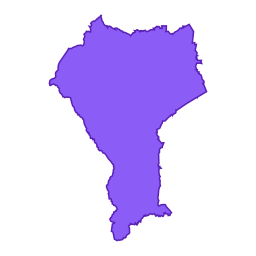 Jungapeo, Michoacán, Mexico (Equal Earth projection)
{"feature_id": "50627088B21047289087879", "entity_name": "Jungapeo", "entity_type": "district", "adm_level": 2, "iso_a3": "MEX", "parent_name": "Mexico", "parent_adm1": "Michoacán", "projection": "equal_earth", "projection_center": [-100.507, 19.411], "detail": "fine", "context": "isolated", "style": "filled", "palette": "violet", "viewbox_px": 256, "rotation_deg": 0, "n_neighbors": 0, "source": "geoboundaries", "source_scale": "gbopen_adm2", "svg_char_len": 5769}
<svg xmlns="http://www.w3.org/2000/svg" viewBox="0 0 256 256"><path d="M171.5,212.7L169.5,210.1L168.9,209.6L166.2,206.5L165.4,204.7L163.9,204.5L161.2,204.8L160.7,205.3L160.1,205.2L159.2,205.8L158.5,206.0L157.9,204.7L158.3,201.9L158.8,200.8L157.8,198.1L158.3,194.9L158.7,189.8L159.7,186.6L160.4,185.9L160.0,183.8L160.1,180.4L159.7,180.2L159.5,178.3L159.7,177.3L160.2,176.5L159.3,175.2L159.3,174.4L158.9,173.1L158.9,169.0L160.4,168.2L161.0,168.2L160.3,167.3L159.6,167.2L159.6,166.4L158.6,166.9L158.5,165.8L158.1,165.4L158.3,164.2L158.9,163.7L158.6,153.9L159.6,152.0L159.4,151.3L159.6,149.1L161.4,147.4L162.3,147.4L162.4,146.2L163.8,142.8L162.9,142.7L161.7,143.4L159.9,141.2L158.8,140.3L158.9,139.7L158.5,139.9L157.9,139.0L158.8,137.3L158.5,136.6L158.2,136.7L156.6,134.3L157.2,132.4L156.6,132.4L156.9,132.0L157.1,130.5L156.7,129.5L159.3,128.5L160.0,127.9L160.6,126.0L161.0,125.6L160.8,125.1L162.1,123.4L162.8,121.0L165.0,121.0L168.2,117.7L170.1,115.9L170.4,116.0L171.3,114.6L171.7,115.0L172.4,114.9L172.5,115.3L172.9,114.5L173.6,114.4L174.1,113.6L175.5,113.1L176.0,112.0L176.0,109.9L177.0,110.1L186.2,103.8L196.6,97.5L197.2,97.7L197.2,97.2L206.6,91.6L203.8,84.8L203.4,84.7L203.0,83.9L203.5,83.8L203.3,82.7L204.0,82.7L203.8,80.9L203.3,80.6L202.0,78.8L201.5,76.0L200.8,74.8L199.6,74.2L199.5,73.6L198.6,73.6L199.0,72.0L197.8,72.0L197.7,71.5L197.2,71.3L197.1,70.4L197.3,69.8L196.4,69.7L196.6,69.6L196.1,67.8L195.5,66.7L196.7,63.3L199.5,63.1L201.7,63.5L201.0,61.9L201.2,61.7L201.1,61.2L201.4,60.4L197.6,60.4L197.4,59.4L196.8,59.4L197.0,59.2L196.7,57.7L195.9,57.8L196.2,56.8L196.6,56.2L197.4,55.8L196.6,55.5L197.1,52.7L195.2,50.3L196.4,44.4L194.8,44.7L194.7,42.6L192.3,43.1L193.6,31.6L189.2,24.4L184.4,26.9L184.1,26.4L183.6,27.4L182.9,26.3L181.8,28.5L181.6,28.3L179.9,28.1L178.6,29.9L176.4,31.4L175.1,31.9L174.7,32.5L173.4,33.4L172.6,33.6L172.6,34.3L170.7,33.8L169.4,33.1L168.2,31.3L165.8,31.6L166.3,29.9L166.4,25.9L161.7,25.9L162.3,28.4L160.0,28.4L160.0,27.5L159.2,26.6L157.6,26.9L157.6,26.5L156.6,26.5L156.6,26.8L154.8,27.9L154.8,28.6L154.4,29.6L154.0,28.8L153.4,28.4L153.4,29.0L153.1,29.1L153.0,29.7L150.5,29.8L149.1,30.8L146.7,31.7L145.2,30.3L144.3,30.5L143.7,31.2L143.2,30.8L142.7,31.2L142.0,31.1L141.9,30.7L140.6,30.7L140.6,31.6L139.9,31.8L139.0,30.7L137.8,30.4L137.6,29.8L136.9,29.8L135.5,30.8L134.5,30.7L135.3,31.9L133.7,33.1L133.3,32.7L133.0,32.8L130.7,35.9L129.7,34.7L125.5,32.7L124.6,32.3L123.0,32.4L122.7,31.3L120.7,30.7L119.3,29.4L118.4,29.3L117.0,28.1L115.0,28.3L115.5,29.6L111.5,27.6L111.1,26.9L109.5,26.1L108.3,26.5L108.0,26.3L107.6,27.9L107.1,27.1L106.9,26.0L106.3,25.7L105.2,25.7L103.5,23.7L103.0,22.0L102.5,21.5L101.8,20.1L101.5,19.3L101.6,18.3L100.9,17.3L101.3,15.5L100.9,15.4L99.7,17.1L98.5,17.5L97.8,18.6L97.3,18.7L94.7,21.2L93.3,21.1L91.4,22.4L90.7,23.6L91.5,24.3L91.4,26.1L90.6,26.6L89.3,26.3L90.4,28.1L90.4,28.8L90.7,29.3L90.6,30.4L90.8,31.9L90.0,32.1L88.5,31.3L87.1,31.7L86.6,31.2L86.3,31.4L85.8,33.0L85.0,33.3L84.3,33.8L84.0,34.5L84.7,35.5L84.6,37.3L83.6,38.9L83.5,39.5L84.2,40.8L84.2,42.7L83.7,44.6L82.5,45.8L80.9,45.1L77.2,45.6L75.5,46.6L73.5,47.2L71.4,48.5L70.2,48.4L69.2,48.9L68.6,48.5L67.3,51.0L59.7,62.0L58.6,64.3L58.0,67.7L58.5,69.3L55.9,72.2L55.5,73.7L55.7,75.7L55.6,77.3L54.2,78.3L51.8,79.1L50.0,80.4L49.4,83.2L49.8,85.1L49.9,85.4L50.5,85.5L51.5,84.7L53.4,84.1L54.6,84.4L55.6,85.5L56.6,85.3L57.5,86.1L57.9,87.2L58.9,88.1L59.3,88.9L59.2,90.8L60.4,93.4L61.4,93.7L63.1,96.9L63.8,96.8L64.7,97.6L66.6,96.9L67.1,97.3L68.9,97.2L70.2,97.6L70.9,98.7L71.0,100.2L71.5,101.0L71.4,101.5L72.1,104.2L72.9,106.2L74.1,107.4L74.7,110.1L75.6,111.8L76.1,112.5L77.0,112.6L77.3,113.0L77.4,114.0L77.8,114.3L77.9,114.9L79.4,114.8L79.5,115.7L80.0,116.4L80.6,117.0L82.2,117.8L83.0,119.3L83.8,120.1L84.0,122.6L84.5,124.3L85.9,127.4L86.7,128.4L86.2,130.4L87.2,131.6L87.6,132.7L88.5,132.4L89.1,133.1L88.8,133.5L89.0,134.6L90.1,135.6L90.5,138.3L90.8,138.5L91.9,138.2L92.5,138.3L92.9,139.7L94.2,139.1L94.5,139.7L94.4,141.5L95.0,142.8L96.0,143.0L96.0,143.4L96.6,144.2L97.0,145.2L96.8,146.2L97.1,147.0L98.3,147.6L98.3,149.4L99.8,150.8L101.0,150.4L101.6,150.6L102.8,152.7L103.4,153.1L104.4,153.1L106.6,155.7L107.0,156.8L107.6,157.3L108.4,158.9L111.1,161.7L112.6,164.1L113.7,164.8L113.7,165.3L113.4,166.1L114.1,168.3L113.3,169.8L113.5,170.9L113.0,172.3L113.1,172.7L112.5,175.1L111.9,176.3L110.6,176.9L110.0,177.6L109.9,179.1L108.6,180.7L108.0,184.6L106.7,185.2L106.6,185.6L106.5,187.2L107.1,188.2L107.3,189.6L108.6,191.3L108.7,192.9L108.2,193.7L108.9,195.1L108.8,196.4L109.2,197.1L109.0,198.2L109.3,199.0L111.2,198.9L111.4,199.4L111.2,201.3L112.2,201.5L112.2,203.8L113.3,204.5L113.9,205.4L114.4,205.3L115.9,206.3L117.3,209.0L116.0,210.9L115.8,210.7L115.5,211.4L113.8,212.0L113.6,213.7L112.5,214.5L111.6,216.8L111.1,217.6L110.6,217.7L110.0,218.7L110.0,219.7L110.5,220.8L111.2,221.4L114.0,222.5L114.6,222.5L114.6,222.9L114.3,223.2L112.4,224.0L111.4,231.3L113.0,232.1L114.4,239.1L117.1,240.6L119.0,239.9L119.8,240.3L120.7,239.8L122.0,239.8L123.1,238.9L123.6,237.6L124.9,238.0L125.9,237.4L126.4,235.7L127.4,234.6L129.2,233.5L129.6,232.7L129.4,227.6L128.7,226.8L128.6,225.9L130.3,224.6L130.6,223.5L131.1,223.6L131.7,224.4L134.0,224.3L134.6,224.7L135.1,224.3L135.3,222.9L135.6,223.1L136.7,224.9L137.1,224.9L137.5,224.4L137.7,222.6L138.5,222.8L139.0,222.0L139.0,221.0L139.8,220.9L140.7,221.9L140.9,221.1L140.9,220.3L141.4,218.9L142.5,218.1L144.0,215.5L144.3,215.5L144.5,216.2L144.9,216.2L145.3,215.0L145.7,214.9L146.3,215.9L148.6,215.1L150.1,213.7L152.3,214.4L154.5,213.7L155.7,216.1L156.2,216.0L157.2,214.9L158.6,216.4L159.5,215.6L160.1,216.5L161.1,215.7L161.7,215.7L162.8,216.4L163.3,216.2L163.9,214.7L164.2,213.7L164.0,213.1L165.2,212.5L165.7,213.8L168.1,214.1L168.1,215.5L168.3,215.5L169.9,215.4L170.3,213.9L171.5,212.7Z" fill="#8b5cf6" stroke="#5b21b6" stroke-width="1.5"/></svg>